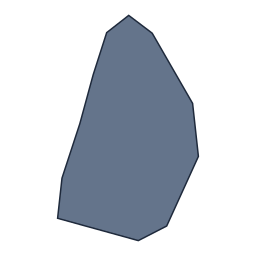 the Municipality of Şəki
{"feature_id": "AZE-5564", "entity_name": "Şəki", "entity_type": "Municipality", "adm_level": 1, "iso_a3": "AZE", "parent_name": "Azerbaijan", "parent_adm1": "", "projection": "orthographic", "projection_center": [47.182, 41.199], "detail": "fine", "context": "isolated", "style": "filled", "palette": "slate", "viewbox_px": 256, "rotation_deg": 0, "n_neighbors": 0, "source": "natural_earth", "source_scale": "10m", "svg_char_len": 267}
<svg xmlns="http://www.w3.org/2000/svg" viewBox="0 0 256 256"><path d="M128.7,15.4L152.2,33.2L192.6,103.4L198.4,156.4L166.7,226.0L138.3,240.6L57.6,218.3L62.0,178.1L79.8,123.8L93.2,74.7L106.7,32.6L128.7,15.4Z" fill="#64748b" stroke="#1e293b" stroke-width="1.5"/></svg>